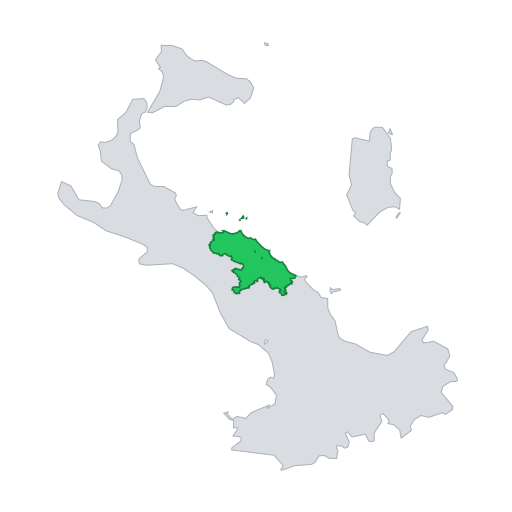 Lazio, Roma, Italy (highlighted), rotated 177°
{"feature_id": "23120603B86473916475875", "entity_name": "Lazio", "entity_type": "district", "adm_level": 2, "iso_a3": "ITA", "parent_name": "Italy", "parent_adm1": "Roma", "projection": "natural_earth1", "projection_center": [12.727, 41.812], "detail": "fine", "context": "in_parent", "style": "filled", "palette": "green", "viewbox_px": 512, "rotation_deg": 177, "n_neighbors": 0, "source": "geoboundaries", "source_scale": "gbopen_adm2", "svg_char_len": 9667}
<svg xmlns="http://www.w3.org/2000/svg" viewBox="0 0 512 512"><g transform="rotate(177 256 256)"><path d="M74.9,87.9L78.3,89.8L91.7,85.8L99.7,88.1L106.4,84.3L110.8,78.3L109.9,73.8L120.6,66.6L121.6,74.8L127.4,80.4L133.1,81.7L131.7,85.1L137.3,91.9L139.5,91.2L140.3,90.0L139.0,84.3L147.2,73.2L147.6,65.4L149.0,64.6L153.0,65.1L156.1,72.4L169.4,70.1L173.9,75.6L176.0,74.5L172.6,65.1L174.3,60.3L177.8,59.5L180.2,61.8L185.3,62.4L185.6,59.6L184.3,57.7L186.1,49.5L193.7,50.2L198.2,53.2L203.5,53.1L208.1,46.6L211.6,45.0L228.7,44.5L241.4,40.6L242.4,41.5L240.1,44.6L240.8,46.6L248.4,56.1L290.6,63.6L290.0,65.9L280.9,71.9L280.3,74.2L281.7,76.2L288.5,77.6L283.8,83.3L283.8,85.4L287.5,85.7L286.9,92.6L291.4,94.7L296.4,100.7L291.4,101.8L293.4,100.2L288.4,94.3L283.1,96.8L274.8,94.3L269.1,99.8L249.7,106.7L253.1,103.6L251.6,103.5L244.6,107.6L243.0,116.1L248.4,124.3L252.7,127.3L250.7,132.4L248.1,134.3L244.7,132.9L243.7,137.4L245.5,149.5L248.5,158.0L258.1,167.4L265.1,170.4L286.6,184.9L294.6,201.1L301.4,221.4L307.1,228.9L319.0,239.8L329.7,247.8L339.7,252.7L366.0,252.5L372.6,254.2L373.4,257.7L372.2,260.0L364.4,265.7L364.1,270.2L367.8,273.4L385.7,281.8L404.1,288.9L416.5,298.1L432.6,305.8L445.2,317.6L449.7,323.9L450.7,328.7L447.7,337.1L446.2,340.5L437.2,335.7L429.9,321.4L414.3,318.9L409.6,316.5L407.0,312.1L402.1,311.7L398.7,314.0L390.3,327.4L385.8,338.9L385.6,343.6L388.2,348.1L395.7,350.6L405.5,358.9L406.0,369.1L407.8,374.8L405.3,378.1L400.4,377.3L393.8,379.4L389.3,383.1L387.4,386.7L387.1,399.4L378.4,406.1L370.9,418.9L359.8,419.1L357.1,415.1L357.0,409.2L358.9,405.6L362.9,403.9L365.6,396.3L364.7,390.9L366.3,388.5L375.2,384.8L375.6,377.2L372.1,373.8L369.2,360.0L357.9,333.5L354.3,330.9L344.6,330.2L333.1,323.1L332.4,320.2L334.3,317.4L332.9,313.5L329.3,306.9L326.8,305.3L312.7,308.2L316.7,302.7L311.7,299.3L302.9,299.3L303.0,296.9L296.7,286.1L292.5,281.7L276.4,279.5L271.2,281.3L263.3,274.5L256.1,272.0L237.8,252.4L229.0,246.5L223.4,238.0L212.2,232.4L207.1,233.8L205.9,232.7L208.6,231.0L208.0,227.8L200.5,219.3L196.1,216.6L193.0,211.1L186.7,209.9L187.0,200.1L184.6,193.2L180.5,187.3L178.2,173.3L176.4,169.4L171.8,166.4L161.5,163.0L147.3,154.0L130.3,149.8L123.3,152.9L105.1,172.3L88.3,176.8L88.0,172.8L94.5,163.8L93.3,160.4L82.9,161.5L69.4,153.3L67.7,146.1L71.7,139.3L74.0,137.6L72.9,133.1L64.7,129.2L61.5,123.2L61.3,121.1L63.5,120.0L68.3,120.4L76.1,116.1L78.4,110.3L67.3,95.5L67.8,92.5L74.9,87.9ZM251.4,171.3L252.0,167.6L248.5,169.9L249.4,171.6L251.4,171.3ZM356.7,405.3L343.4,425.5L339.0,439.1L339.6,444.3L343.5,448.1L341.6,449.6L345.7,456.0L345.7,457.8L339.7,465.1L339.7,471.4L328.3,470.4L319.1,466.7L314.5,459.5L310.8,456.4L306.9,454.0L298.9,454.1L295.4,452.6L274.1,438.3L265.9,434.5L256.3,433.5L252.5,430.3L249.5,424.0L253.2,414.3L259.5,408.9L265.2,415.1L270.1,413.0L270.3,411.0L273.8,408.6L278.2,408.5L294.9,417.3L303.6,414.8L311.6,415.8L318.9,414.6L328.4,409.5L339.4,410.1L352.1,404.4L356.7,405.3ZM156.8,296.4L162.3,312.3L156.8,321.9L158.8,332.4L153.7,367.8L151.1,368.9L136.8,364.8L135.6,373.0L133.7,376.3L130.8,378.4L123.0,377.8L115.5,366.2L115.0,354.7L116.7,351.3L116.9,344.7L119.9,344.3L120.2,339.8L118.5,337.4L115.6,336.5L115.7,331.5L117.8,327.6L117.9,320.9L114.2,312.2L108.8,306.0L110.2,295.1L114.7,297.9L121.6,297.7L129.9,293.6L143.6,280.8L145.4,283.1L151.0,285.2L156.3,290.8L154.2,294.3L156.8,296.4ZM182.7,214.4L183.9,216.9L183.5,220.4L180.7,218.4L174.0,219.2L173.3,217.4L181.5,215.9L182.7,214.4ZM117.4,371.9L115.5,376.1L113.4,370.6L113.7,369.9L117.4,371.9ZM114.2,287.2L111.2,291.7L109.6,291.6L113.5,286.4L114.2,287.2ZM236.5,468.5L232.8,467.5L232.6,465.5L235.6,465.8L236.5,468.5ZM300.2,302.3L297.1,303.6L297.2,301.4L300.2,302.3Z" fill="#d9dde1" stroke="#a8b0b8" stroke-width="1"/><path d="M217.4,233.9L217.3,234.3L221.0,236.1L223.2,237.7L224.3,238.8L225.4,240.4L226.1,242.2L226.7,242.8L226.6,243.4L226.9,243.8L226.9,244.2L227.7,245.0L227.9,245.7L228.4,246.1L227.8,245.8L229.0,246.6L228.9,246.9L229.2,247.4L229.9,248.7L232.5,248.3L234.1,249.4L234.6,250.1L236.1,250.6L236.9,251.8L239.9,253.4L241.0,254.9L242.0,257.0L242.7,259.0L242.6,259.4L242.4,259.4L242.9,260.2L242.6,260.6L243.7,260.5L243.0,260.7L244.6,261.3L246.9,262.5L249.6,264.8L253.5,269.3L255.3,271.9L255.7,272.9L255.8,273.0L256.3,273.1L256.0,272.9L256.7,272.6L257.5,272.5L258.8,273.1L260.5,274.5L261.0,274.1L263.0,274.2L265.1,275.2L266.6,276.4L267.9,278.0L269.1,280.1L269.5,281.1L269.4,281.5L269.8,282.0L270.5,282.3L271.5,282.1L271.8,281.4L273.6,280.2L275.1,279.7L276.9,279.7L277.1,279.2L277.9,279.1L281.0,279.9L283.0,281.0L283.5,281.5L284.3,281.6L284.9,282.3L285.5,282.1L286.5,282.9L286.7,282.7L287.1,283.0L287.8,282.9L287.2,282.5L287.2,281.6L287.7,281.2L288.3,280.9L288.4,281.0L288.6,280.9L288.4,280.9L288.8,280.6L289.9,280.8L290.8,281.3L291.7,280.9L293.5,282.2L293.9,281.3L294.3,281.4L295.2,281.1L295.3,281.3L295.5,281.0L295.8,281.0L295.8,280.6L296.1,280.6L295.6,280.4L295.7,279.8L296.5,279.3L296.8,279.6L297.0,279.3L297.5,279.4L297.7,279.1L297.9,278.5L297.2,277.5L297.3,277.3L297.1,276.6L297.3,276.5L297.0,276.4L297.3,275.7L297.6,275.5L297.2,275.0L297.6,274.8L297.0,274.6L296.7,274.1L297.2,273.8L298.1,273.9L300.0,272.2L300.6,272.3L301.1,271.4L300.4,271.0L300.6,270.7L301.1,270.2L302.2,269.7L301.5,269.1L302.0,268.9L302.2,268.4L301.3,267.6L301.4,267.1L301.7,267.0L301.7,266.2L301.2,265.5L300.9,264.2L300.2,263.5L299.4,263.0L298.6,261.6L298.1,261.6L297.8,261.0L297.3,261.2L296.5,261.1L296.2,260.8L295.4,260.7L295.0,260.1L294.3,260.6L293.4,260.4L293.4,260.1L293.0,259.9L293.0,259.3L292.4,258.7L292.3,258.3L291.9,258.3L291.5,258.8L291.1,258.6L290.8,258.1L290.1,257.8L289.3,258.1L289.5,258.6L289.1,259.0L287.6,259.6L287.1,260.1L285.4,259.4L285.5,259.1L284.9,258.2L283.8,258.0L283.2,257.3L282.0,256.8L281.3,256.8L281.2,257.4L280.8,257.5L280.4,257.0L280.4,255.6L280.0,255.4L280.9,253.9L280.3,253.1L279.6,253.2L278.3,251.8L277.7,252.0L277.0,251.3L276.2,251.1L275.7,250.6L274.8,250.5L271.7,248.9L271.4,249.0L271.6,249.6L270.4,249.4L270.1,249.3L269.8,248.5L269.1,247.9L269.2,247.4L268.9,246.8L269.0,245.9L269.3,245.5L269.3,244.9L269.7,245.1L271.0,244.0L271.1,243.5L271.3,243.3L271.1,242.6L272.3,242.6L273.8,243.7L274.3,243.4L274.7,243.4L276.1,244.6L276.4,244.7L277.3,244.1L277.5,244.5L278.3,244.3L278.7,243.6L279.1,243.5L278.9,243.2L279.9,243.0L279.5,242.6L280.8,242.5L280.5,242.1L279.5,241.7L279.2,241.3L279.5,240.9L279.3,240.7L277.5,240.1L277.2,239.4L276.1,238.7L275.8,238.0L275.7,236.7L274.5,236.2L273.3,235.1L274.5,234.1L274.6,233.8L274.5,233.3L273.3,232.8L272.4,231.7L272.1,231.5L272.8,230.7L273.3,230.8L274.1,230.1L273.9,229.8L274.1,228.7L273.7,228.6L273.4,227.6L273.7,227.7L274.0,227.3L274.0,226.4L274.5,226.0L274.5,225.6L275.7,225.8L276.3,226.2L276.6,225.8L277.6,225.8L277.9,226.3L278.8,225.9L279.5,226.1L280.8,225.9L281.2,225.4L281.1,224.7L281.3,224.5L281.2,224.2L281.6,223.9L281.6,223.3L280.4,223.0L279.6,222.1L280.0,221.2L279.3,220.7L278.7,219.9L277.9,219.7L277.6,219.3L276.9,219.3L276.6,220.0L274.4,219.5L274.5,220.5L273.9,221.5L274.2,221.8L273.9,222.0L273.9,222.4L273.0,223.2L272.5,222.6L272.1,222.7L272.1,223.0L271.7,223.4L270.3,224.1L269.4,223.9L269.0,223.5L268.7,223.8L268.7,224.2L268.4,224.4L266.7,224.3L266.2,224.4L265.9,225.0L265.6,224.9L265.5,224.7L264.8,224.4L264.3,224.7L264.2,225.1L264.8,226.0L264.7,226.6L263.2,227.0L262.3,227.9L260.8,227.9L260.8,228.7L259.3,228.8L258.7,229.2L259.0,229.8L259.7,230.4L259.2,230.9L258.5,230.8L258.2,231.3L257.5,231.6L256.7,231.6L256.4,230.9L256.4,230.5L255.6,230.7L255.7,231.2L255.5,231.9L255.6,232.8L255.3,233.3L254.1,234.1L253.4,234.1L252.7,234.8L252.2,234.2L252.2,233.6L252.4,233.5L252.2,233.2L251.5,233.5L251.1,233.2L250.7,233.6L250.6,233.4L250.2,233.5L250.0,233.4L250.4,233.2L250.4,232.6L250.7,232.5L250.6,232.2L250.2,232.4L249.0,232.3L249.1,231.8L248.9,231.5L249.0,231.1L249.5,231.0L249.4,230.7L248.9,230.6L248.9,230.1L249.4,229.8L249.1,229.3L249.0,229.5L248.6,229.2L248.2,229.3L248.1,229.7L246.9,230.3L246.7,229.8L246.1,229.4L245.7,229.7L244.9,229.6L245.3,229.6L245.5,229.3L244.9,228.8L244.4,228.8L244.4,228.6L244.9,228.4L244.4,228.2L244.1,227.8L244.5,227.5L244.4,226.7L244.0,226.7L243.2,226.2L243.3,226.1L243.1,225.8L243.4,225.4L243.3,225.2L243.5,225.2L242.9,224.6L243.4,223.9L242.8,223.6L242.8,223.3L242.1,222.6L241.6,222.5L240.7,221.9L240.3,222.3L240.2,222.6L239.7,222.5L239.5,223.0L238.9,222.4L238.5,222.8L237.8,222.7L236.4,223.3L236.4,223.0L235.6,222.5L233.5,221.6L233.7,221.1L233.0,220.8L233.1,220.4L233.7,219.8L234.2,219.8L234.1,219.6L234.4,219.5L234.5,218.9L234.8,218.7L234.7,218.3L233.0,217.6L232.4,216.1L232.3,215.4L230.5,215.2L229.3,215.9L229.1,217.0L228.4,216.1L227.8,216.0L227.1,217.4L228.3,218.2L228.1,218.5L229.1,218.7L229.5,219.1L229.1,219.5L228.9,220.6L228.0,220.5L228.4,221.4L228.3,222.1L228.8,222.2L229.1,222.6L229.0,223.3L228.2,223.6L227.2,223.4L227.2,224.0L226.7,224.6L226.7,224.8L225.9,224.6L225.5,225.0L224.8,225.3L225.1,225.7L224.9,225.8L224.1,226.0L223.7,226.5L223.1,226.3L222.7,226.8L222.2,226.3L221.5,226.4L221.6,227.0L221.8,227.1L221.6,227.2L221.8,227.5L221.2,227.8L220.9,228.6L221.7,228.9L221.8,229.4L222.7,229.7L222.8,231.9L220.4,231.6L219.5,232.0L218.5,231.7L218.3,232.0L218.3,232.5L218.1,232.8L217.3,233.6L217.4,233.9ZM250.3,254.1L250.1,254.1L250.3,253.8L250.3,254.1ZM256.9,261.0L256.7,260.5L256.7,260.4L257.1,260.9L256.9,261.0ZM267.8,294.2L267.1,294.4L267.3,294.6L267.0,294.8L266.6,294.8L266.7,295.0L266.4,295.7L266.8,295.8L266.5,296.2L266.7,296.6L267.4,295.8L266.9,295.8L267.2,294.7L268.2,294.3L267.8,294.2ZM282.6,299.6L282.1,300.2L281.8,300.4L282.5,300.2L282.6,299.6ZM263.5,293.6L263.5,293.9L263.4,294.6L263.8,294.4L263.7,293.6L263.5,293.6ZM270.2,292.5L269.9,292.7L269.9,292.8L270.4,292.8L270.2,292.5ZM283.4,300.1L283.3,300.3L283.5,300.2L283.4,300.1Z" fill="#22c55e" stroke="#15803d" stroke-width="1.5"/></g></svg>